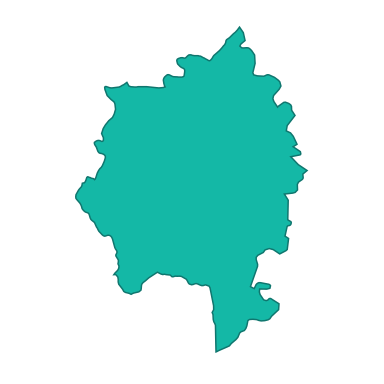 map outline of Cáceres (Mercator projection), rotated 266°
{"feature_id": "ESP-5811", "entity_name": "Cáceres", "entity_type": "Autonomous Community", "adm_level": 1, "iso_a3": "ESP", "parent_name": "Spain", "parent_adm1": "", "projection": "mercator", "projection_center": [-6.162, 39.756], "detail": "fine", "context": "isolated", "style": "filled", "palette": "teal", "viewbox_px": 384, "rotation_deg": 266, "n_neighbors": 0, "source": "natural_earth", "source_scale": "10m", "svg_char_len": 4868}
<svg xmlns="http://www.w3.org/2000/svg" viewBox="0 0 384 384"><g transform="rotate(266 192 192)"><path d="M68.6,270.2L62.5,262.7L60.1,260.8L59.2,259.0L58.6,255.6L58.6,252.0L59.2,249.8L60.2,247.5L60.8,243.8L60.8,240.4L59.9,238.8L54.7,237.4L52.1,236.2L50.2,234.6L49.1,231.1L48.0,229.7L43.8,227.6L41.8,225.6L38.1,220.6L35.9,218.6L31.9,207.5L30.9,205.2L30.8,204.8L57.4,206.1L59.1,205.6L61.1,204.7L63.4,204.3L68.3,204.4L70.4,203.7L73.1,205.4L77.0,205.6L95.1,203.3L96.9,202.5L98.4,199.1L98.2,197.9L97.9,196.8L97.9,195.3L98.5,193.8L99.9,191.2L100.4,189.7L100.2,188.3L99.7,186.8L99.5,185.1L100.4,182.9L101.4,182.1L104.2,180.9L105.4,180.2L108.5,175.6L108.9,174.0L109.0,171.3L109.2,169.9L109.2,169.1L108.8,167.5L108.8,166.6L109.1,165.8L110.3,164.9L110.7,164.3L111.4,160.3L111.9,158.9L111.7,157.1L112.3,155.4L114.4,151.9L109.4,142.9L106.7,139.4L105.0,136.8L103.7,135.6L102.4,135.1L99.1,134.6L97.6,134.2L96.1,132.0L95.2,126.5L94.2,124.1L95.3,122.2L96.5,118.5L97.6,117.0L99.8,116.0L105.1,112.5L106.7,112.2L107.5,112.1L109.9,112.3L112.3,112.1L114.6,110.5L115.0,109.6L115.0,108.3L116.5,109.5L118.8,112.1L119.9,113.0L121.2,113.6L122.4,113.9L123.6,113.9L124.9,113.3L126.1,113.2L127.0,113.6L129.3,113.8L133.3,111.7L134.4,111.6L136.7,112.9L138.0,113.0L139.4,112.4L140.5,111.7L142.1,111.1L150.7,109.4L152.5,108.7L153.6,107.9L154.3,107.0L154.7,105.9L154.7,104.8L154.1,102.5L154.1,101.4L154.7,100.4L155.5,99.5L159.3,96.4L160.3,95.9L162.8,94.9L163.7,94.3L168.4,92.6L171.0,89.8L172.0,89.1L173.3,88.6L177.0,87.8L178.2,87.0L178.8,85.9L179.2,84.8L179.8,83.8L180.7,82.9L181.8,82.0L183.1,81.2L185.3,80.8L186.8,80.3L188.4,79.6L192.6,76.5L193.7,75.8L195.3,75.7L197.4,76.1L201.6,78.8L202.9,79.9L204.9,82.0L206.0,82.6L208.4,83.2L208.6,84.3L208.7,85.3L209.7,86.2L211.2,87.0L213.7,88.0L214.4,88.7L214.4,89.3L213.7,90.6L213.6,91.2L213.3,91.8L212.8,92.5L212.6,93.1L212.3,94.4L211.9,95.0L211.1,95.6L211.5,96.2L213.1,97.1L217.4,98.8L220.1,100.4L221.8,101.8L222.8,103.1L224.5,104.4L228.9,106.7L232.1,107.9L233.8,108.0L234.8,107.5L235.7,106.5L236.3,105.4L236.8,104.2L237.0,103.1L237.5,102.1L238.4,101.4L239.3,100.9L243.4,99.7L246.0,98.3L247.1,98.0L248.3,98.1L249.4,99.8L249.9,101.1L250.0,102.5L249.7,103.6L248.7,105.6L248.9,106.5L249.7,107.2L252.3,107.4L256.6,105.9L261.6,107.9L265.1,110.4L269.0,114.0L271.9,117.9L275.1,119.8L279.8,121.5L284.6,121.3L285.3,121.2L286.4,120.9L287.4,120.4L289.0,118.7L289.9,117.7L294.1,114.1L300.3,112.3L302.6,112.2L303.2,112.8L303.2,113.7L301.8,117.1L301.5,118.3L301.4,119.5L301.8,126.8L302.7,128.9L303.3,129.9L303.7,131.2L305.9,134.7L302.2,136.4L301.9,137.0L301.3,138.3L300.7,142.3L300.6,144.0L300.8,145.5L300.2,154.2L298.1,166.2L298.2,170.5L298.7,172.5L299.9,172.0L302.2,171.5L305.6,171.2L306.7,171.5L307.7,172.0L308.6,172.7L309.4,173.7L310.1,174.6L310.7,175.6L310.7,176.7L310.3,177.8L309.0,179.9L308.4,181.2L308.1,183.1L307.9,185.0L307.6,186.6L307.3,190.0L307.7,191.4L308.3,192.2L312.5,193.1L314.3,193.2L315.0,192.9L315.7,192.4L317.0,190.1L318.1,188.8L320.6,186.7L321.4,186.4L323.9,186.0L324.7,186.1L325.6,186.7L326.2,188.0L326.7,190.1L326.7,191.6L326.0,194.0L326.3,195.0L328.0,197.0L328.9,198.3L329.0,199.6L328.8,200.8L328.3,201.9L327.8,204.1L327.6,207.5L327.2,208.5L327.0,209.7L326.5,210.7L325.2,212.6L324.7,213.7L323.9,214.7L323.3,215.8L322.0,217.7L321.7,218.6L322.1,219.6L322.9,220.4L323.8,221.3L325.8,222.6L326.7,223.4L331.2,229.3L333.9,232.1L335.6,233.6L336.6,234.8L338.4,235.9L340.6,236.5L341.5,237.1L343.3,240.1L347.0,244.4L348.3,246.3L349.9,248.0L350.5,248.6L351.8,249.7L353.2,250.9L347.4,254.3L339.4,255.5L336.1,251.0L334.2,249.9L332.4,251.6L332.1,253.1L332.1,256.5L331.9,258.0L331.2,259.3L329.0,261.3L324.3,264.0L315.9,263.9L306.7,261.0L304.5,261.8L303.3,265.3L302.5,271.5L302.7,272.5L303.5,274.5L303.7,275.6L303.5,276.9L300.6,282.3L297.4,286.0L295.7,287.3L291.5,288.1L288.5,286.2L282.5,280.1L279.5,279.2L276.5,280.0L270.7,283.3L271.4,283.9L275.0,289.8L275.1,291.4L273.6,294.7L272.1,296.5L270.5,297.2L266.6,297.1L261.2,300.1L251.6,291.6L246.4,290.3L244.1,294.4L240.5,296.9L232.3,300.1L230.1,296.0L224.7,302.9L222.6,303.2L221.8,302.9L221.5,302.4L220.3,293.0L211.9,299.9L205.4,308.3L202.2,303.9L201.5,303.8L198.7,303.9L197.6,303.6L196.7,302.7L194.5,299.0L192.2,297.6L186.7,297.4L184.4,294.9L183.9,292.6L183.5,284.0L177.1,287.4L157.7,285.6L156.9,286.5L155.6,288.6L154.5,288.9L153.1,288.5L152.5,288.1L152.0,287.5L151.8,286.8L151.6,285.3L151.3,284.8L150.7,284.4L141.5,281.7L138.9,285.1L128.0,283.0L126.9,281.6L124.1,275.2L128.9,269.0L130.2,265.1L129.2,260.9L126.7,258.9L124.3,253.3L122.4,251.5L120.1,251.3L115.3,252.4L113.3,252.2L93.5,243.7L91.3,247.3L95.2,249.5L96.0,250.4L96.6,251.4L96.9,252.5L96.8,253.8L94.6,262.2L94.0,263.2L93.0,263.8L90.5,263.0L89.9,259.9L90.5,252.7L87.6,252.2L84.9,252.8L79.7,255.8L79.3,256.2L78.6,258.0L78.5,258.6L78.8,259.9L80.2,261.5L80.4,262.5L80.1,263.3L74.4,271.0L68.6,270.2Z" fill="#14b8a6" stroke="#0f766e" stroke-width="1.5"/></g></svg>